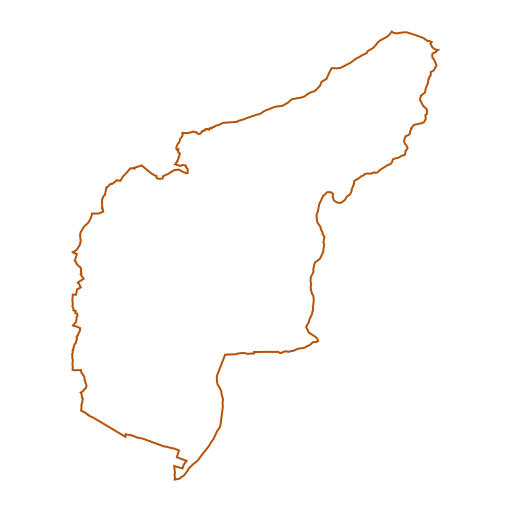 Derna, Bihor, Romania (orthographic projection), rotated 269°
{"feature_id": "2599482B80788744721103", "entity_name": "Derna", "entity_type": "district", "adm_level": 2, "iso_a3": "ROU", "parent_name": "Romania", "parent_adm1": "Bihor", "projection": "orthographic", "projection_center": [22.291, 47.2], "detail": "fine", "context": "isolated", "style": "outline", "palette": "amber", "viewbox_px": 512, "rotation_deg": 269, "n_neighbors": 0, "source": "geoboundaries", "source_scale": "gbopen_adm2", "svg_char_len": 6009}
<svg xmlns="http://www.w3.org/2000/svg" viewBox="0 0 512 512"><g transform="rotate(269 256 256)"><path d="M478.1,395.6L475.1,393.4L472.9,390.9L469.8,384.7L467.9,382.0L463.5,378.3L461.7,376.3L458.9,371.2L456.9,370.1L455.5,366.9L451.3,359.1L447.5,353.7L442.7,344.0L442.2,340.3L442.5,334.9L438.1,332.5L431.9,329.6L429.0,324.6L425.0,322.9L419.9,317.7L418.4,312.8L415.9,308.8L414.8,307.6L413.6,304.0L412.7,298.1L412.0,294.3L408.8,290.7L405.7,285.0L405.0,278.1L401.0,267.2L397.9,262.3L397.0,258.2L393.9,248.7L392.6,245.4L391.3,240.2L390.5,239.6L389.7,225.4L387.8,221.4L387.0,218.1L385.9,216.6L385.9,216.1L385.2,214.2L384.7,214.2L384.4,213.9L384.9,213.3L384.2,212.5L384.4,211.9L384.1,211.8L383.8,211.2L383.2,211.2L383.7,209.9L383.9,208.2L383.2,208.0L383.4,207.4L382.9,206.6L381.9,205.9L381.9,204.8L381.3,204.3L381.3,203.8L380.1,203.2L379.1,202.1L378.9,200.9L379.3,200.5L379.7,199.5L380.9,198.4L380.7,197.7L380.9,196.6L381.6,195.4L380.9,193.6L380.0,189.8L380.4,184.7L379.6,184.4L378.1,184.8L377.1,184.4L373.9,181.9L372.7,181.8L370.7,181.1L369.8,179.9L366.0,178.2L365.2,178.2L364.6,178.6L363.9,178.5L363.5,178.9L364.0,180.2L362.4,179.8L361.8,180.2L360.9,180.2L359.7,181.8L359.1,181.7L357.8,181.0L356.3,180.6L355.5,180.2L354.8,180.2L352.3,178.8L351.9,179.1L350.5,177.6L350.1,177.8L349.2,177.2L349.0,176.9L347.4,182.1L347.5,182.9L348.3,183.7L348.1,185.8L347.3,187.7L345.9,187.6L344.1,189.3L340.1,189.0L340.0,187.8L341.2,184.8L343.7,180.4L343.4,176.6L342.8,174.8L339.5,169.4L337.4,164.5L335.2,164.1L334.8,161.1L335.0,159.8L335.4,158.4L335.9,158.4L337.1,157.6L337.9,157.7L338.4,155.7L339.3,154.7L339.9,153.5L343.2,149.4L348.6,143.2L348.2,142.3L346.3,135.6L345.6,135.9L345.9,131.9L341.3,127.9L337.9,124.4L333.5,121.6L334.2,117.8L333.8,117.6L332.8,116.7L332.5,116.0L330.9,114.1L330.5,113.0L330.7,112.9L330.7,112.2L330.1,111.1L328.2,109.4L327.5,108.4L327.1,107.6L326.4,107.2L326.0,107.2L325.6,107.6L322.9,106.6L320.2,106.2L319.5,105.8L318.9,105.0L318.2,104.4L314.8,103.1L312.2,102.9L307.8,103.1L306.6,103.4L306.5,102.8L304.3,103.8L303.0,104.0L301.2,99.2L301.3,92.7L300.4,92.7L296.6,91.4L293.6,89.8L291.8,88.4L288.3,84.5L285.1,82.6L283.3,81.3L281.1,80.6L280.1,80.5L273.1,81.0L271.8,80.3L270.0,80.0L266.2,77.4L265.1,76.3L263.9,74.9L263.1,72.9L262.3,73.7L261.8,74.7L261.4,76.8L261.0,76.8L258.7,76.2L255.3,75.0L254.7,74.6L252.9,76.1L252.3,76.3L251.9,76.1L251.0,76.7L248.8,78.8L247.6,80.3L246.6,80.7L244.7,80.9L243.8,80.6L241.6,81.1L240.9,80.3L236.2,83.2L233.2,78.4L232.3,77.4L231.4,78.5L227.6,80.2L225.7,76.5L220.4,75.3L220.6,72.1L214.9,71.6L211.4,72.0L208.5,71.6L206.5,72.7L204.9,72.4L204.1,74.7L203.5,74.3L201.9,74.4L201.6,76.1L199.8,76.5L197.7,75.5L194.8,75.3L192.8,74.7L189.8,71.7L189.5,72.0L188.4,75.8L186.9,79.0L183.7,78.4L182.3,77.4L180.7,77.0L180.0,76.6L180.1,76.4L178.7,75.4L177.6,75.2L177.5,75.5L176.5,75.5L175.0,75.2L173.5,74.5L172.2,74.3L171.4,73.5L169.9,72.7L167.0,71.8L165.5,71.8L165.1,71.5L165.1,71.1L164.7,71.0L162.6,71.1L160.8,70.4L159.5,70.7L158.0,70.5L155.0,71.1L154.0,70.8L151.6,70.6L148.5,70.9L145.3,70.6L144.9,72.7L145.0,79.0L142.6,79.3L138.6,82.1L137.9,82.3L136.0,82.4L132.9,83.1L129.7,84.2L128.4,84.1L127.0,83.5L125.3,81.6L123.9,80.8L122.5,78.3L121.6,79.0L119.7,79.4L117.3,79.5L116.6,80.4L111.9,79.5L110.4,78.9L108.0,78.9L104.4,78.5L102.5,82.2L100.2,85.5L99.9,85.4L99.7,86.1L98.9,86.7L98.4,88.1L97.2,90.5L77.5,122.3L80.0,122.6L78.6,129.4L76.3,134.7L76.4,135.3L75.2,140.0L67.0,161.3L66.9,163.2L65.3,168.7L64.9,171.0L63.0,175.5L61.9,175.3L56.2,173.3L52.4,183.0L48.4,180.0L44.9,178.8L47.4,170.5L40.4,171.2L38.6,170.6L36.5,171.1L33.9,170.8L34.7,175.6L36.0,177.2L38.0,180.4L43.2,184.3L44.6,184.9L49.2,189.8L52.4,194.1L58.7,198.9L66.9,205.7L70.9,208.0L73.8,210.4L81.3,213.9L85.7,217.0L88.7,217.7L105.8,220.2L109.6,220.0L113.4,220.5L119.2,219.0L120.2,219.1L121.7,218.8L124.4,217.6L128.2,215.4L131.3,214.8L135.8,214.7L137.9,215.3L157.9,223.4L158.1,234.3L158.9,236.6L159.2,240.0L159.2,242.5L158.8,244.3L158.3,245.7L158.6,251.1L158.7,252.4L160.0,252.3L160.0,254.9L160.0,263.8L159.7,274.4L159.8,276.6L158.7,277.9L158.6,279.6L159.0,279.9L160.3,284.2L159.6,286.7L160.5,289.9L160.3,291.1L162.5,296.0L163.4,302.9L164.4,304.5L165.9,308.0L168.8,311.5L169.0,314.9L169.8,316.6L172.3,315.9L174.5,313.5L178.5,307.5L184.4,304.9L188.4,307.4L192.8,308.8L194.0,309.6L197.7,311.2L199.4,311.4L200.9,312.2L203.7,312.0L208.1,312.7L212.4,313.0L215.8,312.4L217.1,311.4L221.0,310.4L224.4,310.1L226.9,310.7L229.5,310.1L233.0,310.3L235.2,311.0L238.2,312.8L240.1,313.3L240.9,313.0L244.9,313.7L248.6,315.0L252.1,319.8L253.9,320.9L259.7,323.5L262.1,323.5L264.4,324.2L266.7,324.4L268.7,323.6L273.8,324.8L276.6,323.1L278.9,322.8L281.3,321.3L283.7,321.1L288.7,317.9L291.1,317.5L295.5,317.2L300.0,318.7L306.7,320.1L315.4,324.5L315.6,325.2L318.3,328.0L318.7,329.1L318.3,332.4L316.8,334.0L312.8,333.8L309.8,335.3L307.9,338.4L307.5,341.0L308.6,343.3L310.6,345.9L313.9,347.9L315.9,351.1L319.4,352.8L320.8,352.7L322.9,353.8L324.4,354.2L325.9,355.2L328.8,355.4L330.0,356.3L331.2,359.1L334.2,363.2L334.6,364.9L336.0,366.1L336.6,368.7L336.3,371.8L336.6,373.6L337.6,375.4L337.0,377.3L337.6,379.1L339.6,381.1L345.0,389.8L345.1,391.3L346.3,392.8L347.7,393.7L349.9,394.4L350.5,395.0L351.4,398.0L351.6,399.8L353.6,403.3L354.5,406.6L355.8,407.0L358.2,407.3L361.1,409.5L364.0,408.3L365.6,406.9L367.7,406.1L370.5,406.5L373.2,407.8L374.1,410.3L375.4,411.9L377.9,412.2L379.5,413.2L381.0,413.2L381.5,414.3L382.7,414.8L384.3,416.1L386.0,424.5L386.4,425.5L387.3,426.6L389.9,428.1L393.9,427.8L395.2,429.4L398.0,429.6L400.0,429.1L403.2,425.7L407.5,423.7L409.0,422.7L413.4,423.6L416.4,427.7L418.0,428.2L419.8,428.4L426.6,431.1L428.9,431.2L430.0,432.0L431.2,431.9L433.5,433.8L436.8,433.9L438.3,436.7L439.3,437.5L443.5,439.8L449.5,437.4L451.0,435.9L454.8,435.7L456.0,437.2L456.5,439.0L457.5,439.9L458.8,441.6L459.4,438.8L461.5,436.0L465.4,434.1L466.8,435.4L467.7,433.7L468.1,431.7L467.9,431.5L468.8,430.1L470.1,428.5L471.4,426.3L474.2,419.0L477.0,410.6L477.1,409.2L476.9,405.9L476.1,400.2L476.7,397.4L478.1,395.6Z" fill="none" stroke="#b45309" stroke-width="2"/></g></svg>